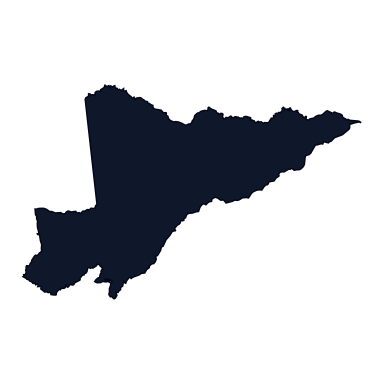 Filandia, Quindío, Colombia
{"feature_id": "7082276B59907465773306", "entity_name": "Filandia", "entity_type": "district", "adm_level": 2, "iso_a3": "COL", "parent_name": "Colombia", "parent_adm1": "Quindío", "projection": "orthographic", "projection_center": [-75.673, 4.664], "detail": "fine", "context": "isolated", "style": "filled", "palette": "ink", "viewbox_px": 384, "rotation_deg": 0, "n_neighbors": 0, "source": "geoboundaries", "source_scale": "gbopen_adm2", "svg_char_len": 5925}
<svg xmlns="http://www.w3.org/2000/svg" viewBox="0 0 384 384"><path d="M294.2,170.3L296.3,169.8L299.6,169.6L301.0,168.8L303.3,166.6L304.4,164.3L305.2,156.5L306.3,155.4L309.0,154.6L310.6,153.3L315.4,145.0L317.2,144.9L321.0,143.7L322.7,144.0L323.6,141.6L328.4,142.9L329.5,141.7L331.0,141.3L334.5,137.7L342.4,134.7L349.1,129.1L349.6,128.0L349.7,124.1L351.1,124.0L354.1,123.0L358.6,122.0L360.0,122.2L361.0,122.9L360.0,121.7L358.7,121.1L349.6,120.3L348.5,119.5L346.4,119.6L345.0,118.5L342.9,117.6L342.1,115.1L339.9,113.9L336.1,112.8L334.7,112.0L334.0,112.2L333.2,113.1L332.2,113.1L327.3,110.8L326.3,111.1L322.4,114.6L321.0,115.3L318.4,115.3L315.9,116.3L313.7,118.1L310.1,118.8L308.4,120.0L306.5,119.7L306.0,118.9L306.3,116.6L305.6,116.4L304.5,117.7L303.6,117.6L302.0,115.0L299.0,113.9L298.4,112.7L297.3,112.2L297.2,111.7L297.8,110.9L297.6,110.6L296.7,110.5L294.5,111.5L292.7,111.4L290.8,109.3L290.5,108.1L290.0,107.9L289.6,108.3L289.6,109.8L289.0,110.5L288.4,110.5L288.2,108.9L287.6,109.0L287.2,110.0L286.2,109.1L284.7,109.6L284.7,108.4L283.9,108.6L283.7,107.5L283.3,107.3L282.0,108.6L282.4,110.4L281.0,111.9L280.9,113.1L278.8,112.4L278.0,113.4L276.5,113.2L275.2,113.9L275.2,115.7L274.7,116.0L273.6,115.6L273.5,117.8L273.0,118.2L271.3,118.2L268.8,122.3L267.6,122.8L264.5,122.6L263.2,123.3L261.2,121.8L258.5,122.3L258.7,121.6L258.2,121.3L255.5,122.9L254.0,120.7L252.8,120.6L251.8,119.8L250.8,120.4L250.2,120.2L250.0,119.6L250.7,118.3L250.5,117.7L246.1,116.4L244.6,116.6L243.5,117.2L243.1,118.1L242.4,118.6L241.1,117.9L240.0,118.4L238.5,117.3L235.6,116.7L234.6,116.9L233.7,117.9L232.9,117.6L231.8,117.8L231.5,116.5L230.8,116.1L228.1,117.8L226.1,117.4L224.7,118.8L223.8,118.9L223.3,118.4L222.5,116.6L223.0,114.3L222.4,113.6L220.9,113.3L218.8,114.5L218.4,113.3L216.8,113.0L215.9,110.9L211.2,109.0L208.9,107.2L208.2,107.6L207.9,109.8L207.5,110.8L204.9,110.4L203.3,110.7L200.6,111.5L199.2,112.8L197.4,113.1L194.8,115.5L193.7,119.4L192.4,120.6L192.0,121.9L190.6,123.9L188.7,124.0L186.4,125.1L184.8,125.0L182.1,123.4L178.4,122.0L175.8,121.6L173.5,121.9L170.4,120.5L168.7,118.9L167.8,116.2L166.1,115.2L166.4,113.7L166.1,112.7L163.3,112.7L161.2,110.2L154.4,109.0L152.9,107.3L152.9,105.4L151.1,104.8L149.2,103.4L147.6,103.1L147.5,101.7L144.7,101.0L143.9,99.9L142.0,98.9L141.1,97.9L139.8,97.6L136.6,98.1L134.6,99.2L134.1,97.2L133.5,97.4L133.0,98.4L132.4,98.3L131.0,96.6L128.0,94.3L126.6,92.3L126.1,90.7L124.5,91.2L123.7,91.0L123.6,88.6L121.1,90.5L119.5,89.3L118.1,90.2L117.3,88.5L115.2,87.8L114.8,85.7L114.0,85.9L112.6,87.0L110.8,85.9L110.2,87.9L108.9,85.6L108.1,85.8L107.6,86.7L107.0,86.9L105.3,85.3L104.7,85.3L104.3,87.4L100.6,89.8L100.6,91.2L97.7,91.1L96.6,91.4L95.2,92.4L94.9,95.1L92.7,94.7L91.5,95.0L89.8,93.9L88.6,93.8L88.5,96.3L85.8,97.8L85.2,99.3L97.0,204.5L95.8,205.5L94.7,208.3L92.9,208.5L91.2,208.2L90.7,208.4L89.7,209.7L87.2,209.6L84.7,211.2L83.1,211.1L82.0,211.9L80.7,213.6L79.3,212.6L77.6,213.2L75.4,211.3L71.5,212.0L68.1,211.0L66.3,212.0L65.3,213.5L63.8,214.0L62.3,213.7L60.7,212.6L55.5,213.0L51.6,211.5L49.7,211.6L46.5,209.3L43.6,208.3L38.9,208.4L36.2,209.2L35.1,209.0L35.5,214.2L35.6,214.9L36.7,216.1L36.6,218.6L37.6,221.3L37.3,223.8L37.5,227.4L38.9,232.9L38.8,233.2L37.3,233.9L38.1,234.7L39.4,234.6L39.6,235.1L40.4,240.6L41.7,244.6L41.4,248.2L41.6,251.4L39.2,253.2L38.5,254.4L37.2,255.5L35.5,255.2L34.9,255.6L31.9,260.0L31.4,262.3L30.4,263.2L29.4,265.6L28.6,265.9L26.6,265.7L26.2,266.5L26.1,268.6L25.7,270.3L26.3,272.3L25.6,273.4L25.4,274.7L23.7,274.7L24.0,276.0L23.0,276.7L26.1,278.3L26.8,279.2L28.9,279.9L29.6,281.0L31.6,281.8L33.0,283.4L33.6,283.4L34.7,282.7L35.6,284.8L37.7,284.0L38.1,285.3L37.7,286.6L40.8,286.4L41.2,287.0L40.8,288.9L44.8,292.1L46.4,291.7L48.1,292.6L49.9,292.3L50.4,292.7L51.2,294.7L52.0,294.3L52.9,294.9L55.9,295.0L56.4,294.0L56.3,292.8L57.9,290.6L59.2,289.5L60.4,289.7L60.8,288.6L64.2,288.2L65.2,287.6L65.6,285.1L66.1,285.0L66.6,286.6L67.8,287.2L68.9,286.3L69.2,285.0L70.7,284.6L72.4,285.0L73.2,284.9L74.0,284.2L74.8,282.7L79.8,280.2L80.1,279.5L79.9,278.4L81.8,275.9L82.9,275.0L84.1,274.9L84.4,273.2L85.7,273.3L86.1,272.9L86.1,272.1L86.9,271.8L87.6,268.5L88.2,267.7L89.2,267.6L90.4,268.3L91.7,267.6L92.9,268.1L96.5,265.7L97.2,264.4L97.8,264.1L99.2,264.6L100.2,266.0L102.7,268.3L101.4,270.2L101.0,271.5L101.3,272.6L100.3,274.0L99.6,277.2L99.2,277.7L98.0,277.9L95.8,279.9L94.7,281.6L96.8,282.7L100.7,282.6L102.3,281.5L106.4,281.9L107.6,281.5L109.3,282.1L109.8,281.0L109.2,280.8L107.8,280.4L105.6,280.7L104.8,279.1L105.3,278.8L105.6,279.2L106.2,279.1L106.5,279.8L107.8,279.5L107.8,279.8L108.6,279.8L109.0,279.3L111.7,280.7L111.9,281.6L110.6,282.5L110.6,285.4L109.4,288.6L109.5,291.2L108.9,294.6L110.4,296.8L111.8,296.6L113.6,298.5L114.5,298.7L115.4,298.0L116.9,295.4L115.8,292.3L116.3,292.0L118.0,292.5L118.8,291.1L120.6,289.7L120.6,287.5L122.7,286.1L123.5,281.2L124.2,281.3L125.1,283.1L125.7,283.3L126.5,281.0L129.5,277.1L130.1,277.2L131.1,278.5L132.9,277.2L139.4,274.8L141.4,273.3L144.7,273.0L146.6,269.6L149.2,267.7L149.5,265.8L151.8,263.9L153.7,263.6L155.2,261.7L156.1,259.7L156.2,258.5L155.4,256.6L157.1,255.7L158.1,254.7L160.6,250.3L161.3,247.2L163.2,246.0L166.0,239.8L169.7,235.6L172.4,231.3L175.4,230.7L175.5,230.3L174.6,229.1L174.7,228.2L177.5,224.9L178.7,224.5L179.9,223.4L181.0,220.4L182.5,220.8L183.8,220.3L184.0,218.4L185.5,217.8L186.4,215.2L187.3,214.2L189.0,213.2L192.2,213.1L196.3,211.7L198.5,211.5L199.9,207.4L201.6,205.0L203.4,203.8L204.5,204.0L205.6,204.7L206.3,204.5L207.2,203.3L209.2,201.8L211.5,201.4L212.0,198.9L215.1,197.2L217.6,198.0L220.8,200.2L223.5,199.9L226.1,203.0L232.3,201.3L235.0,200.1L237.6,200.4L239.4,199.7L242.4,197.8L246.4,197.5L248.5,197.9L251.4,193.4L253.3,191.7L256.9,190.1L259.7,189.8L261.8,190.0L264.2,186.4L266.2,184.8L267.3,184.8L268.0,184.1L269.1,181.8L274.1,180.9L276.0,178.0L278.8,176.3L279.0,175.4L278.5,174.2L280.0,172.3L282.4,171.7L284.0,171.9L288.8,169.1L290.3,169.2L291.9,168.3L294.2,170.3Z" fill="#0f172a" stroke="#020617" stroke-width="1.5"/></svg>